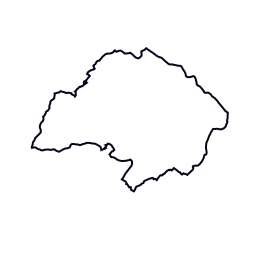 the district of La Estrella, Antioquia, Colombia, rotated 137°
{"feature_id": "7082276B46086591209782", "entity_name": "La Estrella", "entity_type": "district", "adm_level": 2, "iso_a3": "COL", "parent_name": "Colombia", "parent_adm1": "Antioquia", "projection": "orthographic", "projection_center": [-75.641, 6.139], "detail": "fine", "context": "isolated", "style": "outline", "palette": "ink", "viewbox_px": 256, "rotation_deg": 137, "n_neighbors": 0, "source": "geoboundaries", "source_scale": "gbopen_adm2", "svg_char_len": 5785}
<svg xmlns="http://www.w3.org/2000/svg" viewBox="0 0 256 256"><g transform="rotate(137 128 128)"><path d="M60.3,173.9L62.3,173.9L63.4,174.1L65.6,174.9L66.0,174.9L66.4,174.7L66.9,173.8L68.4,171.9L69.0,171.6L70.4,171.5L72.7,171.7L73.9,173.3L74.4,174.8L74.5,178.3L75.0,181.0L75.1,181.5L75.4,181.7L76.3,182.1L77.3,182.8L77.9,183.2L78.9,184.2L79.6,184.6L79.7,185.2L79.8,186.2L80.0,187.5L80.7,189.8L82.8,191.0L84.4,191.6L84.7,192.5L84.5,193.4L84.6,193.7L85.0,193.9L85.7,193.9L86.1,193.6L87.6,193.6L88.5,193.9L89.4,194.2L90.4,194.8L92.9,196.9L94.2,197.3L98.4,197.5L100.0,197.1L101.6,197.1L102.4,196.8L103.1,196.8L103.8,197.2L104.4,197.8L105.5,197.8L105.9,197.9L107.7,197.1L108.5,197.0L109.3,197.1L110.2,197.2L110.8,197.2L111.3,195.8L111.8,195.3L111.9,194.1L112.4,194.0L112.9,194.1L114.6,195.0L115.3,195.2L115.8,195.5L116.5,195.8L117.5,195.8L118.0,195.9L118.4,196.1L119.7,196.0L121.1,195.4L120.5,193.6L120.4,192.1L122.8,191.8L123.9,191.8L125.1,191.4L128.6,191.9L129.1,191.5L129.4,191.2L127.0,190.4L127.3,190.0L127.7,190.1L128.2,189.9L127.5,189.4L127.4,189.2L127.6,189.2L128.4,189.4L129.6,189.4L130.2,189.7L131.6,189.6L133.1,189.9L134.2,190.5L134.2,190.4L135.0,190.6L135.4,191.0L135.8,191.2L136.5,191.2L137.3,190.9L139.3,191.2L141.0,190.5L141.3,190.5L141.8,190.8L141.9,190.0L142.8,188.7L143.0,188.6L143.5,187.8L144.1,187.5L144.6,187.6L145.3,187.3L145.2,188.0L145.3,188.8L145.5,189.5L145.9,190.2L146.2,191.1L146.0,191.5L145.6,191.9L147.8,194.8L148.7,195.1L149.6,196.2L150.0,197.1L149.9,197.2L151.6,199.8L152.1,200.8L152.3,200.7L152.6,200.9L153.5,200.9L154.3,201.0L155.3,201.8L158.2,203.3L158.4,202.8L158.8,202.4L159.7,201.7L160.5,201.2L161.7,200.0L163.0,200.0L165.1,200.4L166.2,200.4L166.9,200.1L168.1,199.0L168.8,198.7L170.2,197.9L171.3,197.0L171.6,196.4L172.0,196.0L172.6,195.9L173.1,195.7L173.3,195.7L174.0,195.4L174.4,195.3L175.5,195.5L176.6,195.8L177.1,195.6L178.4,194.8L179.2,194.7L180.7,194.0L181.0,194.0L182.2,194.2L182.7,193.7L183.3,192.6L184.1,191.9L184.5,191.6L185.7,191.1L186.9,191.2L188.7,190.8L189.9,190.3L190.9,189.7L192.0,188.7L192.5,187.8L193.0,186.2L193.6,185.7L194.7,184.4L195.8,184.1L197.5,184.1L198.4,184.0L199.3,184.1L201.4,183.9L202.7,184.0L203.3,183.5L204.3,183.2L204.8,182.9L205.4,182.6L206.4,182.6L207.3,182.3L209.2,180.8L211.1,179.9L211.8,179.1L209.4,177.5L209.0,176.9L208.5,175.4L208.2,174.1L207.9,173.5L207.2,172.5L206.7,171.0L206.3,170.4L205.8,169.9L204.9,169.4L204.0,169.1L202.3,167.8L201.2,166.8L199.0,164.3L197.5,163.6L196.7,162.9L196.3,162.1L196.1,161.0L195.9,160.2L195.0,158.2L194.5,157.6L193.7,157.4L191.2,156.9L189.9,156.5L188.3,156.0L185.7,154.3L184.6,153.8L183.9,153.7L183.2,153.8L182.2,154.4L181.5,154.6L180.9,154.7L180.2,154.6L179.6,154.2L178.7,153.4L177.3,151.6L176.5,150.8L175.6,149.7L174.9,148.3L174.6,148.1L171.5,146.8L170.5,146.2L168.3,145.2L167.2,144.3L166.0,142.9L165.1,141.6L163.0,139.2L162.5,138.3L161.2,134.3L161.1,133.2L161.1,132.7L161.3,132.1L162.6,130.0L160.1,129.2L159.2,129.3L158.9,129.1L158.9,128.8L158.7,128.9L158.5,129.1L158.1,128.8L158.1,129.0L157.3,129.1L157.2,129.5L156.8,129.5L156.8,129.8L156.7,129.9L155.7,130.0L155.6,130.3L155.7,130.6L154.5,130.0L154.2,130.1L153.7,130.3L153.3,130.3L153.2,130.0L152.2,128.3L152.0,127.4L151.9,126.8L152.0,125.7L152.3,124.7L152.3,124.0L153.0,121.3L154.8,121.3L155.8,121.8L156.1,121.8L156.3,121.7L156.8,121.7L157.1,121.6L159.5,121.4L159.6,120.5L160.1,118.6L160.1,118.2L158.9,116.9L158.4,116.1L158.0,114.9L157.7,114.1L157.7,112.8L157.1,111.5L156.6,110.3L155.7,108.9L154.5,107.5L152.6,106.1L151.5,105.1L150.4,104.7L149.5,104.0L147.8,103.3L147.8,102.2L147.7,102.0L147.7,101.5L148.0,100.7L149.1,99.4L150.1,98.6L150.7,98.3L151.9,97.9L159.4,96.7L161.2,96.4L165.2,95.0L167.5,94.6L166.5,91.2L166.3,90.8L166.3,90.3L166.7,88.6L167.5,88.3L167.4,88.1L166.9,87.3L167.6,84.0L166.5,83.3L166.4,83.1L166.5,82.5L167.1,82.0L167.5,81.6L167.8,80.9L167.7,79.9L167.3,79.0L167.0,77.7L166.1,77.8L164.9,78.2L162.4,79.3L162.1,79.4L161.6,79.3L157.9,77.8L156.1,77.9L154.4,77.3L153.8,77.4L152.5,78.1L152.1,78.1L148.3,76.8L144.2,75.0L144.0,74.7L143.9,74.4L144.1,73.8L144.2,73.0L143.9,72.8L143.2,72.7L142.6,71.7L142.5,70.2L141.8,70.3L140.8,70.9L139.7,70.9L138.7,71.1L137.0,71.3L136.1,71.1L135.5,70.2L135.1,69.9L133.6,70.3L132.9,69.9L132.3,69.7L132.1,69.7L131.4,70.0L129.8,69.9L128.6,70.0L126.6,69.5L126.2,68.7L125.4,68.5L125.1,68.3L124.9,67.1L124.0,67.1L121.8,67.4L121.3,65.0L120.9,62.0L121.0,62.0L120.8,60.8L120.1,60.0L120.5,58.8L120.4,57.8L120.2,57.1L118.4,57.1L118.0,56.1L117.2,55.0L116.6,53.3L116.4,53.4L114.2,53.3L109.9,53.3L108.7,53.5L108.1,53.7L107.5,54.2L107.4,54.5L107.1,55.4L106.8,55.7L106.5,55.7L106.3,55.7L105.8,55.5L105.0,55.0L102.9,53.1L102.5,52.9L100.5,52.7L99.7,52.7L97.8,53.0L95.0,53.7L93.3,54.4L90.6,56.1L90.1,56.1L89.5,55.5L89.3,55.4L88.9,55.4L88.4,55.6L87.4,56.2L86.8,56.9L85.9,58.4L84.2,60.7L81.3,63.3L80.7,63.7L77.2,65.2L74.3,66.8L71.9,67.5L70.5,68.2L68.2,68.8L66.8,69.3L66.4,69.3L64.8,67.7L63.5,66.8L62.9,66.1L61.6,64.3L60.8,63.5L59.0,62.7L58.2,62.4L55.6,62.5L54.6,62.9L53.6,63.7L52.8,63.8L51.4,64.5L51.1,64.7L50.8,65.5L50.3,66.0L48.0,67.7L46.9,68.9L44.5,71.2L44.8,72.3L45.2,74.3L44.8,79.4L44.6,82.8L44.6,83.8L44.2,87.2L44.2,90.7L44.4,91.8L44.9,93.4L44.9,94.0L44.6,95.5L44.6,96.6L45.0,98.6L45.6,99.5L47.6,101.2L47.8,101.5L47.9,101.9L47.8,102.6L47.3,104.1L47.1,107.2L47.1,108.8L47.2,109.6L48.0,111.7L48.1,112.3L47.8,113.3L46.9,114.4L44.6,118.7L44.4,119.5L44.4,120.4L44.6,121.0L44.8,121.3L45.5,121.7L47.6,122.7L48.5,123.4L49.6,124.4L50.0,125.3L50.1,126.0L50.1,126.7L49.2,128.0L48.3,130.0L47.7,133.8L47.3,135.3L47.0,136.2L47.0,137.2L47.2,137.6L48.8,139.3L52.2,144.2L52.9,145.0L54.1,146.0L54.5,146.8L54.7,147.4L55.2,151.5L55.3,153.0L55.5,156.3L55.6,156.7L56.5,158.0L56.8,158.6L57.6,160.5L58.6,166.1L58.8,167.2L59.2,168.3L59.6,170.4L59.9,171.3L60.3,173.9Z" fill="none" stroke="#020617" stroke-width="2"/></g></svg>